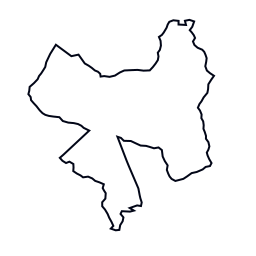 the district of Mucambo, Ceará, Brazil, rotated 261°
{"feature_id": "56859067B98065273797307", "entity_name": "Mucambo", "entity_type": "district", "adm_level": 2, "iso_a3": "BRA", "parent_name": "Brazil", "parent_adm1": "Ceará", "projection": "equal_earth", "projection_center": [-40.762, -3.894], "detail": "fine", "context": "isolated", "style": "outline", "palette": "ink", "viewbox_px": 256, "rotation_deg": 261, "n_neighbors": 0, "source": "geoboundaries", "source_scale": "gbopen_adm2", "svg_char_len": 2226}
<svg xmlns="http://www.w3.org/2000/svg" viewBox="0 0 256 256"><g transform="rotate(261 128 128)"><path d="M213.3,62.7L205.7,57.5L201.2,55.8L198.4,53.4L195.4,50.7L193.3,48.3L190.3,46.4L187.0,42.1L184.0,37.3L180.2,36.3L177.0,34.9L173.8,36.7L170.7,36.6L167.3,38.7L163.9,41.0L159.2,43.6L156.0,45.9L153.9,48.4L152.3,51.8L151.0,56.0L149.4,61.9L145.1,64.7L142.7,69.8L141.3,75.3L139.7,79.3L137.5,82.3L135.1,84.2L131.5,89.3L111.7,60.0L109.2,56.0L105.9,58.1L103.1,61.3L103.9,64.9L101.0,68.4L97.4,68.0L94.0,67.2L91.0,70.4L88.6,73.7L86.3,75.9L86.2,81.0L83.8,84.8L80.9,87.3L78.8,91.3L76.2,95.3L72.6,93.6L70.0,94.5L67.1,95.8L61.8,94.6L58.7,90.9L54.7,90.3L51.1,92.5L46.4,94.4L42.3,95.4L37.9,97.0L33.6,98.2L31.3,95.3L28.9,99.8L28.7,103.5L33.3,105.1L36.7,108.1L40.4,109.5L44.3,107.2L46.8,108.9L45.1,116.9L45.5,120.9L48.7,117.2L50.1,124.9L48.9,128.6L52.3,129.9L56.8,129.2L59.9,129.0L66.7,128.8L90.1,122.9L96.0,121.5L121.0,116.2L119.3,119.5L116.0,121.9L114.7,128.8L111.9,132.9L108.7,137.7L107.5,143.1L105.9,146.5L103.9,150.5L104.0,155.1L100.9,158.0L94.4,157.8L89.5,159.2L84.9,161.3L80.5,159.8L76.6,160.6L73.6,161.5L70.9,163.1L68.3,166.5L69.1,174.7L71.0,178.9L73.5,183.8L73.8,189.0L75.4,195.3L77.4,198.6L77.6,203.0L80.3,205.0L84.7,203.3L88.5,202.3L91.4,202.0L94.0,204.0L97.1,205.5L101.5,205.2L105.2,203.3L108.0,203.8L112.0,203.2L115.4,202.4L118.9,203.2L122.8,203.3L126.2,202.0L129.9,202.8L134.0,201.8L137.1,200.2L140.6,202.4L142.8,204.7L146.4,207.5L150.3,211.9L153.9,213.2L158.6,214.2L162.7,217.8L166.1,221.1L169.3,217.6L172.4,214.9L176.9,214.0L181.2,215.6L184.7,216.6L188.2,216.0L191.3,215.2L193.7,213.6L196.4,209.3L199.6,206.6L203.3,205.7L206.4,208.3L209.4,207.5L212.5,205.9L215.0,204.3L217.9,207.3L222.9,210.0L225.2,205.6L225.0,201.0L220.7,201.4L222.3,194.1L225.9,194.7L227.3,189.6L226.4,185.4L224.0,183.4L221.0,181.8L216.8,178.3L214.6,176.0L213.1,172.8L209.0,173.8L204.2,173.4L200.2,171.7L197.7,169.2L193.9,169.3L190.4,168.1L187.3,165.3L184.3,162.1L181.5,158.5L182.2,152.4L183.9,146.5L184.7,139.7L185.4,133.3L184.1,128.6L181.8,123.3L181.4,117.8L183.0,112.6L183.1,109.0L185.9,109.0L188.3,107.1L190.0,104.3L193.1,101.6L195.7,98.9L198.5,95.4L208.2,90.6L207.8,83.3L221.5,69.8L213.3,62.7Z" fill="none" stroke="#020617" stroke-width="2"/></g></svg>